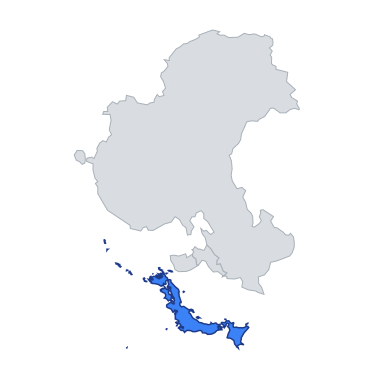 Japan highlighted among its neighbors, rotated 85°
{"feature_id": "JPN", "entity_name": "Japan", "entity_type": "country or territory", "adm_level": 0, "iso_a3": "JPN", "parent_name": "Asia", "parent_adm1": "", "projection": "orthographic", "projection_center": [135.292, 34.888], "detail": "fine", "context": "with_neighbors", "style": "filled", "palette": "blue", "viewbox_px": 384, "rotation_deg": 85, "n_neighbors": 3, "source": "natural_earth", "source_scale": "50m", "svg_char_len": 9458}
<svg xmlns="http://www.w3.org/2000/svg" viewBox="0 0 384 384"><g transform="rotate(85 192 192)"><path d="M275.8,164.1L279.3,169.3L277.5,168.8L273.6,173.1L273.5,177.8L267.9,182.0L262.1,184.4L261.0,187.9L265.6,192.2L264.8,193.8L258.9,194.1L256.6,196.9L254.0,197.0L251.6,195.5L249.3,197.1L249.2,195.8L246.7,193.9L249.7,190.5L249.4,189.3L251.1,185.9L250.9,184.8L245.9,181.8L250.4,178.0L256.2,175.0L260.1,170.7L262.2,172.9L266.4,173.5L265.9,170.0L273.6,167.7L275.8,164.1Z" fill="#d9dde1" stroke="#a8b0b8" stroke-width="1"/><path d="M254.0,197.0L256.6,196.9L258.9,194.1L264.8,193.8L265.6,192.2L269.6,200.3L270.6,204.6L270.2,212.2L267.9,215.7L263.0,216.7L258.5,219.1L253.6,219.2L253.3,215.6L254.7,210.8L253.0,203.7L257.0,202.9L254.0,197.0Z" fill="#d9dde1" stroke="#a8b0b8" stroke-width="1"/><path d="M144.9,306.1L140.6,302.9L141.3,297.5L144.4,295.5L150.8,295.4L154.0,296.4L154.9,299.1L152.1,301.2L150.2,304.5L144.9,306.1ZM72.3,100.7L74.2,97.4L77.1,97.6L81.1,86.2L90.3,88.2L99.1,80.0L103.4,85.8L106.7,84.4L110.6,79.0L113.3,80.1L118.0,77.9L119.4,78.1L117.6,82.4L118.3,86.9L121.3,91.6L120.8,97.4L115.6,103.3L115.4,106.5L123.0,112.9L125.4,118.6L127.3,120.4L126.3,126.6L126.8,131.2L138.4,137.7L144.1,139.0L147.7,141.4L152.3,147.4L157.4,149.2L158.6,151.7L164.7,150.0L172.4,150.0L179.0,151.6L184.8,150.8L192.6,146.9L191.8,141.9L195.3,138.4L201.6,141.9L206.8,139.5L214.1,138.5L218.3,134.9L221.7,133.7L228.2,133.9L231.5,135.2L232.4,133.0L229.5,128.0L226.5,125.4L222.7,127.1L218.8,125.3L216.2,125.6L215.8,122.9L223.6,112.9L227.9,116.2L234.5,113.2L235.1,110.4L240.2,104.4L242.8,102.7L243.5,99.3L241.7,97.5L245.5,94.9L250.5,94.5L255.6,94.9L261.1,97.4L264.2,100.1L268.0,113.4L268.9,119.8L276.1,122.3L280.9,127.1L282.3,133.2L289.0,133.5L292.9,131.0L300.2,129.2L297.8,135.0L296.1,137.3L294.4,144.4L291.1,150.6L285.5,149.3L281.4,151.4L282.4,157.1L281.3,164.7L278.9,164.8L278.7,168.1L275.8,164.1L273.6,167.7L265.9,170.0L266.4,173.5L262.2,172.9L260.1,170.7L256.2,175.0L250.4,178.0L245.9,181.8L238.7,182.8L234.6,185.4L229.0,186.4L232.1,183.8L231.4,181.1L236.0,177.3L233.9,173.5L223.1,178.9L219.3,182.6L214.5,182.1L211.4,184.6L213.2,189.5L217.0,191.2L216.7,194.2L220.4,196.7L226.8,193.0L230.9,196.1L234.2,196.8L234.5,200.3L227.0,201.1L224.1,204.3L218.5,206.8L215.1,210.9L220.2,215.4L221.4,222.1L226.9,234.1L226.2,239.0L222.5,240.3L223.4,243.9L226.4,246.4L223.0,256.6L219.7,256.7L202.9,277.7L185.5,286.0L179.0,285.4L175.1,287.5L173.4,285.0L169.8,287.4L161.4,288.7L155.3,288.1L152.4,294.3L149.2,293.8L148.5,288.8L150.2,286.8L143.1,282.7L140.4,283.0L135.2,279.7L133.1,276.3L134.7,273.0L130.0,270.3L128.0,267.1L122.8,269.0L113.5,266.4L107.6,266.8L106.8,274.2L104.1,273.0L104.4,268.8L100.3,269.1L95.2,263.3L97.9,258.7L95.1,256.2L95.3,250.1L90.0,248.9L92.5,241.8L98.5,238.6L101.3,228.8L99.7,226.4L99.3,222.1L96.5,221.4L91.9,218.2L94.2,216.3L93.4,211.5L89.3,212.6L86.2,209.3L79.8,210.7L74.3,213.2L70.6,212.1L69.4,209.5L64.8,205.0L62.0,205.3L57.7,208.1L59.1,203.2L56.2,203.0L48.1,195.3L46.1,190.7L43.7,187.5L43.7,183.8L42.1,181.5L40.2,175.1L38.3,171.2L36.3,171.5L32.4,157.5L34.7,150.5L36.6,153.2L38.2,150.4L38.5,146.4L41.3,142.1L41.8,132.7L38.5,126.2L40.3,121.2L39.9,116.7L40.5,114.6L43.5,109.2L42.8,106.4L41.6,106.1L44.4,100.5L45.9,100.0L46.5,98.4L50.6,98.3L53.0,98.9L55.2,102.3L58.6,99.8L62.4,102.2L64.8,100.9L71.1,101.6L72.3,100.7Z" fill="#d9dde1" stroke="#a8b0b8" stroke-width="1"/><path d="M330.7,174.5L331.8,174.2L331.7,176.2L332.0,178.7L332.2,179.4L334.0,181.4L335.2,184.6L335.3,187.0L335.1,189.1L333.9,190.1L333.5,191.5L333.2,193.9L331.4,194.4L330.7,195.7L330.6,197.0L331.4,200.2L331.3,202.5L331.2,203.3L330.1,205.1L329.4,208.4L329.7,209.6L331.2,211.7L330.0,212.2L329.1,213.2L328.9,214.8L328.6,215.4L327.1,216.4L326.4,217.4L326.0,217.3L325.7,217.0L325.9,216.7L325.7,214.8L327.1,212.8L326.5,212.3L325.7,212.4L325.4,213.5L324.8,214.1L324.9,214.7L325.3,215.1L325.0,215.8L323.9,214.9L322.7,215.1L322.1,215.9L321.9,218.0L321.4,218.9L320.6,219.5L320.2,219.0L320.3,217.1L320.9,216.8L319.8,216.2L319.1,216.4L317.4,218.8L317.1,219.7L313.6,219.4L311.0,220.0L312.2,219.2L312.1,218.7L310.8,218.8L310.4,218.3L310.3,219.1L309.9,219.0L309.8,217.4L310.0,217.0L309.5,216.9L308.9,217.4L308.1,219.4L310.0,221.0L309.9,221.7L307.0,222.7L304.8,226.8L303.6,227.3L302.2,226.9L300.5,223.9L300.3,222.0L301.4,221.2L302.0,219.8L301.7,219.6L300.0,219.7L298.4,218.9L295.7,219.2L294.2,220.4L291.3,221.0L289.6,221.8L289.0,221.6L287.0,222.1L285.7,221.4L285.1,221.5L284.7,222.2L284.1,224.7L281.9,223.2L279.1,223.8L278.3,223.3L277.4,223.5L277.4,221.7L278.0,220.8L279.9,220.8L285.0,216.9L287.4,214.4L288.6,213.8L290.5,213.5L291.1,214.2L292.3,213.9L294.3,213.9L300.7,212.4L301.2,212.5L301.0,213.4L301.5,213.8L303.4,214.0L304.6,213.3L305.6,212.2L305.2,210.8L305.5,209.9L308.8,205.8L309.0,204.4L308.8,202.8L309.5,201.5L312.0,200.6L312.1,201.1L309.8,203.3L310.3,203.9L310.5,205.1L311.7,205.6L312.2,205.5L313.1,204.3L317.3,202.4L318.8,200.7L320.1,198.2L322.5,196.4L323.2,193.8L324.5,191.2L324.9,188.9L325.5,187.7L325.6,186.2L325.1,184.8L323.8,184.4L324.7,183.7L325.1,182.1L324.6,180.3L324.7,179.4L326.2,178.2L326.5,177.1L326.3,176.1L326.6,175.6L327.8,175.8L328.2,177.8L328.6,178.2L329.4,177.4L330.4,177.7L330.9,177.0L330.8,175.6L330.6,175.3L328.7,176.1L328.6,175.4L329.2,173.7L330.7,174.5ZM341.6,155.7L342.9,155.7L344.8,156.5L345.9,156.5L346.6,156.1L348.7,153.6L347.9,156.7L347.9,157.4L348.1,158.1L349.4,160.3L350.1,160.4L350.9,159.6L351.6,159.5L350.7,160.2L350.2,161.1L349.5,161.1L347.6,162.5L346.3,162.9L344.2,163.0L343.2,163.7L341.5,165.7L340.9,166.9L340.5,169.1L340.2,169.7L336.5,168.3L333.2,166.4L331.0,166.7L329.1,168.2L327.6,166.9L326.5,166.9L326.0,167.8L325.9,168.7L326.9,169.7L327.9,169.7L330.1,171.7L329.4,172.2L327.7,171.7L325.9,174.2L325.4,174.4L324.8,174.1L324.5,173.5L325.0,171.2L324.7,170.2L323.5,168.9L323.5,166.9L323.6,166.5L324.7,165.9L326.1,164.4L326.4,163.7L325.9,163.0L325.8,162.1L326.2,161.8L327.9,162.6L329.4,162.7L330.2,162.5L330.5,162.0L330.5,159.6L331.4,157.1L331.4,155.5L331.7,154.0L331.7,152.5L331.3,151.1L330.6,149.7L330.8,148.1L332.0,147.3L336.9,152.5L341.6,155.7ZM278.1,225.6L279.8,226.3L281.0,225.8L281.6,226.2L281.7,226.8L280.6,228.3L282.6,228.5L282.3,229.4L282.9,229.9L282.6,230.4L283.1,231.0L281.1,233.7L279.9,237.5L279.8,238.9L279.1,240.6L277.6,240.3L277.4,240.7L277.7,241.5L275.3,243.0L276.0,241.3L275.6,239.3L276.1,239.0L276.0,238.5L275.3,238.4L274.7,239.4L274.6,240.4L275.2,241.3L274.8,241.9L272.7,241.0L272.4,240.3L273.2,240.0L273.4,239.0L272.7,237.9L272.9,235.8L274.0,235.0L275.5,232.4L274.7,232.1L275.2,231.6L275.1,231.0L274.2,229.2L273.5,228.6L272.8,229.1L273.0,230.8L273.9,230.8L273.9,231.8L273.4,231.9L272.3,231.3L270.7,232.5L271.1,231.5L270.3,230.5L270.4,229.2L271.1,230.4L272.0,230.7L271.5,229.6L269.9,228.1L270.1,227.4L271.4,227.6L271.3,226.8L273.2,225.8L274.3,225.7L275.0,224.4L276.3,223.8L277.6,224.2L278.1,225.6ZM296.3,222.2L297.8,222.4L298.0,224.9L298.3,225.1L296.3,226.5L295.6,227.6L295.2,228.8L294.0,227.5L292.2,227.1L290.3,228.0L289.5,229.8L288.8,230.5L288.5,231.4L287.5,232.0L286.6,231.9L287.0,231.0L285.9,230.8L285.9,230.2L285.5,229.9L286.0,228.4L285.4,228.1L285.5,227.4L283.4,228.0L286.8,225.8L287.6,223.8L288.5,223.1L289.5,224.3L289.9,224.2L292.0,223.7L292.3,222.9L292.1,222.2L292.7,222.3L294.0,221.6L294.7,221.5L296.3,222.2ZM260.0,270.8L257.6,272.0L257.8,272.7L257.1,273.1L257.1,273.8L256.2,274.1L256.8,272.0L258.1,271.0L257.8,270.7L257.9,270.3L259.0,270.6L260.0,269.3L260.5,269.7L260.0,270.8ZM317.3,198.5L316.6,198.4L316.9,198.3L317.1,197.5L316.7,197.3L316.7,196.8L318.0,195.2L317.8,196.8L318.4,196.8L318.0,197.9L317.3,198.5ZM267.5,260.6L266.9,261.5L265.8,260.7L268.9,259.1L269.0,259.7L267.5,260.6ZM273.0,234.1L271.9,235.0L271.6,234.7L272.0,234.4L271.8,234.0L272.0,232.9L272.9,232.8L273.0,234.1ZM299.4,222.0L298.8,222.6L298.3,222.5L297.9,222.0L298.9,220.8L299.8,220.3L299.2,221.3L299.4,222.0ZM274.8,247.9L273.8,247.9L273.5,247.0L274.1,246.6L274.9,247.1L275.1,247.2L274.8,247.9ZM269.8,219.4L269.1,220.9L268.6,220.5L269.0,218.9L269.7,218.5L269.8,219.4ZM276.7,247.1L276.2,247.2L276.2,246.8L277.4,244.3L277.3,245.5L276.7,247.1ZM264.7,230.7L265.6,230.9L265.9,231.7L264.7,231.9L264.5,231.5L264.7,230.7ZM268.6,222.1L268.2,222.4L268.1,221.9L268.3,220.8L268.9,221.1L268.6,222.1ZM233.2,283.8L232.0,283.6L232.0,283.4L232.6,282.8L233.5,283.3L233.2,283.8ZM291.1,209.3L290.4,209.4L290.2,209.1L290.3,208.7L290.7,208.4L291.1,209.3ZM267.0,230.5L266.6,229.7L267.2,228.6L267.6,229.5L267.0,230.5ZM235.8,282.1L235.3,283.5L234.7,283.5L234.4,282.9L235.2,282.8L235.8,282.1ZM264.7,264.1L264.1,264.0L264.2,262.9L264.4,262.8L264.7,264.1ZM329.4,149.8L328.5,149.9L328.5,149.5L329.0,149.3L329.4,149.8ZM274.0,233.6L273.5,233.6L273.3,233.3L274.0,233.0L274.5,233.1L274.0,233.6ZM321.8,170.3L321.6,170.3L321.6,169.5L322.2,169.3L321.8,170.3ZM284.5,224.0L285.0,224.3L285.8,224.3L285.3,224.7L284.5,224.5L284.5,224.0ZM328.0,148.0L328.0,149.1L327.6,147.9L328.0,148.0ZM269.4,228.1L268.7,228.4L269.3,227.4L269.9,227.2L269.4,228.1ZM242.6,281.8L241.6,281.7L241.7,280.8L242.0,281.3L242.6,281.8ZM271.2,224.7L270.8,225.0L270.6,224.8L270.8,224.0L271.2,224.7ZM296.3,220.4L295.7,221.1L295.3,220.4L296.1,220.4L296.3,220.4ZM266.7,261.7L266.1,261.7L265.9,261.1L266.3,261.2L266.7,261.7ZM323.9,218.6L323.9,219.0L323.6,218.9L323.4,218.3L323.9,218.6ZM270.5,237.7L269.9,238.6L270.0,238.1L270.5,237.7ZM286.3,222.6L286.4,223.2L285.9,223.1L286.3,222.6ZM326.5,229.6L326.1,229.4L326.1,229.1L326.7,229.3L326.5,229.6ZM341.7,270.5L341.8,271.1L341.4,270.4L341.7,270.5Z" fill="#3b82f6" stroke="#1e3a8a" stroke-width="1.5"/></g></svg>